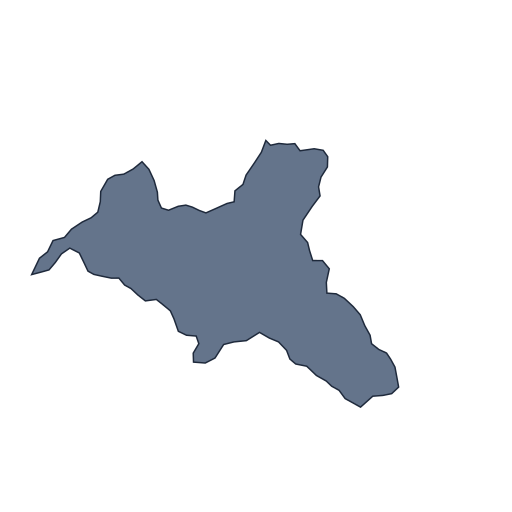 Barueri, São Paulo, Brazil, rotated 209°
{"feature_id": "56859067B64169293019313", "entity_name": "Barueri", "entity_type": "district", "adm_level": 2, "iso_a3": "BRA", "parent_name": "Brazil", "parent_adm1": "São Paulo", "projection": "equal_earth", "projection_center": [-46.873, -23.512], "detail": "fine", "context": "isolated", "style": "filled", "palette": "slate", "viewbox_px": 512, "rotation_deg": 209, "n_neighbors": 0, "source": "geoboundaries", "source_scale": "gbopen_adm2", "svg_char_len": 1590}
<svg xmlns="http://www.w3.org/2000/svg" viewBox="0 0 512 512"><g transform="rotate(209 256 256)"><path d="M401.4,283.2L405.6,272.6L411.3,263.5L418.5,258.2L422.9,251.2L423.1,237.2L418.5,228.0L415.6,217.6L418.8,209.4L424.5,201.4L430.4,190.0L432.5,179.4L441.0,171.1L440.3,158.6L444.3,149.1L443.2,131.0L436.1,137.8L430.3,143.5L428.4,153.0L427.2,163.5L422.7,172.6L412.0,173.0L402.8,166.5L395.6,161.3L388.9,161.3L381.4,163.5L371.8,166.5L365.2,170.2L356.8,166.9L349.5,166.9L340.3,164.6L331.0,163.1L322.1,169.7L312.1,168.0L304.3,166.5L297.3,161.3L287.4,152.5L278.4,153.0L269.5,157.0L263.5,151.6L263.8,140.6L259.2,132.9L248.5,137.8L242.4,146.9L241.4,162.9L233.6,170.2L223.4,177.3L215.9,190.9L204.5,190.7L194.6,191.8L183.5,188.3L176.4,182.3L168.9,180.8L158.2,184.2L145.3,180.8L133.9,180.7L126.7,178.8L118.2,178.8L108.9,174.5L91.3,174.5L85.9,190.0L77.4,195.6L70.6,201.4L67.7,210.5L73.5,217.6L80.6,226.2L88.2,231.0L94.8,234.4L103.2,233.8L112.4,235.3L117.8,242.0L127.1,247.8L136.3,255.1L146.3,258.8L158.2,261.8L167.5,261.8L176.0,257.9L181.7,267.0L185.7,280.3L195.6,284.2L204.2,279.5L211.7,286.6L217.4,292.8L227.5,296.5L232.3,310.1L230.9,326.7L229.1,339.6L234.8,346.8L237.4,356.5L236.7,368.5L241.4,377.6L248.5,381.0L257.1,378.0L268.5,369.4L276.5,373.1L282.9,368.8L290.6,365.5L297.0,359.9L303.4,361.8L301.6,349.3L302.5,336.8L303.9,322.0L302.1,312.3L306.0,302.8L301.4,292.8L306.8,287.9L313.9,278.4L320.7,269.4L327.8,268.3L335.3,267.9L342.0,266.5L348.1,261.8L354.7,253.6L362.0,252.1L368.9,257.3L373.2,264.0L381.7,272.6L391.7,279.9L401.4,283.2Z" fill="#64748b" stroke="#1e293b" stroke-width="1.5"/></g></svg>